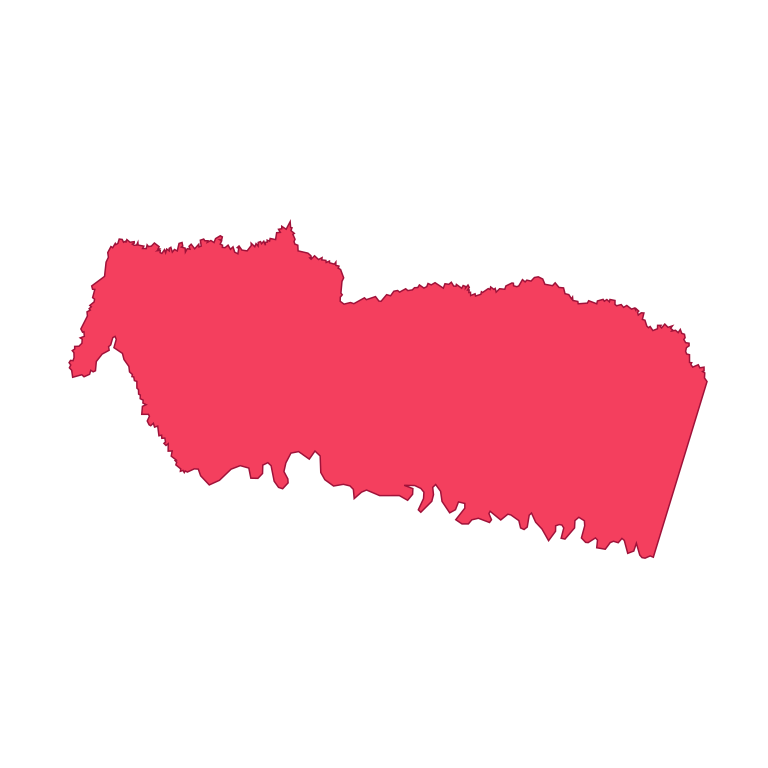 Mapiripán, Meta, Colombia, rotated 17°
{"feature_id": "7082276B47302113121733", "entity_name": "Mapiripán", "entity_type": "district", "adm_level": 2, "iso_a3": "COL", "parent_name": "Colombia", "parent_adm1": "Meta", "projection": "natural_earth1", "projection_center": [-72.385, 3.106], "detail": "fine", "context": "isolated", "style": "filled", "palette": "rose", "viewbox_px": 768, "rotation_deg": 17, "n_neighbors": 0, "source": "geoboundaries", "source_scale": "gbopen_adm2", "svg_char_len": 6117}
<svg xmlns="http://www.w3.org/2000/svg" viewBox="0 0 768 768"><g transform="rotate(17 384 384)"><path d="M88.4,322.8L88.4,327.4L86.8,329.1L85.9,328.1L84.7,333.0L82.7,332.4L81.4,339.1L83.4,343.4L82.6,348.7L85.3,362.8L75.8,375.7L77.6,378.6L79.8,378.1L80.1,386.6L82.4,387.5L82.8,390.2L79.7,394.9L81.5,395.7L80.0,398.2L81.5,399.2L78.9,401.8L80.5,405.7L78.0,420.0L80.6,422.6L81.7,421.8L83.5,426.0L80.0,428.7L82.3,429.4L83.2,433.4L81.2,437.1L77.2,438.5L78.0,441.0L76.1,443.2L78.3,444.7L79.9,449.4L79.8,452.6L77.3,453.1L76.6,455.7L78.9,457.4L78.4,460.5L81.3,462.2L84.3,468.6L92.3,463.5L95.0,464.8L99.6,460.8L99.6,456.6L102.3,457.4L104.2,455.7L102.3,446.6L105.7,437.8L111.3,432.1L109.7,428.8L111.2,426.5L111.1,418.9L112.9,417.1L114.9,419.6L115.1,428.2L124.9,431.2L128.2,436.6L134.9,441.8L137.1,446.8L140.6,448.5L140.8,450.6L142.6,450.4L144.3,453.7L146.9,453.8L148.9,460.2L150.8,461.1L152.3,465.4L154.2,465.8L155.1,469.3L158.4,469.9L159.0,472.7L162.6,473.3L159.5,476.0L161.2,483.8L167.6,481.9L169.1,483.4L168.4,488.6L171.3,491.7L173.1,492.1L174.9,489.0L177.2,492.3L179.9,490.4L183.9,499.3L186.3,498.0L187.4,500.9L190.2,499.8L192.0,503.3L190.9,505.1L193.5,506.5L195.1,504.2L197.2,511.3L201.0,510.0L201.6,515.2L207.6,517.5L206.6,518.3L208.6,519.4L208.6,522.2L214.4,524.6L214.8,527.0L217.1,525.4L218.9,527.1L219.3,525.3L221.7,525.7L227.4,520.6L231.3,519.7L235.5,525.4L246.4,531.6L254.8,524.2L262.7,510.1L270.4,504.1L279.3,503.9L284.2,513.0L291.0,511.1L294.0,505.1L291.8,497.0L295.9,493.2L299.9,495.1L307.4,509.1L313.4,513.7L317.7,513.8L321.2,506.6L319.8,502.9L313.9,497.0L313.2,488.1L315.2,477.3L322.1,473.6L334.5,477.7L337.6,468.3L344.0,471.5L349.4,487.1L355.4,492.8L365.6,496.3L374.5,491.8L381.3,491.4L385.5,493.7L389.0,502.3L394.1,494.0L398.3,490.5L412.5,492.0L431.3,486.2L440.6,488.3L443.6,481.1L442.2,475.6L432.9,475.0L443.1,472.1L449.8,473.1L453.8,475.8L455.3,482.0L453.6,494.3L456.7,495.9L464.0,482.2L463.7,475.4L460.8,468.6L462.8,465.0L469.5,470.1L473.8,479.3L484.5,488.0L489.1,483.3L489.7,475.0L496.2,474.6L497.6,479.1L492.3,492.8L499.5,495.0L505.6,493.1L507.7,488.2L513.5,484.8L525.4,485.6L526.5,482.4L522.2,477.2L522.7,474.7L535.4,479.9L540.5,472.3L543.6,472.1L552.9,475.2L556.7,481.7L560.5,482.2L562.8,478.9L561.2,467.0L562.8,464.3L569.4,471.8L577.5,476.5L587.2,485.7L591.1,474.7L589.6,469.4L592.6,467.2L595.3,466.8L598.0,469.1L598.5,479.7L602.4,479.4L608.3,465.9L606.5,458.8L609.3,454.5L615.6,456.2L617.4,460.9L617.8,473.5L623.1,476.5L625.6,476.0L631.2,469.4L633.8,470.8L635.3,478.4L643.9,477.3L646.7,469.5L649.4,467.3L654.4,467.3L656.7,462.1L659.5,463.3L666.6,474.7L671.7,470.7L671.9,462.5L678.6,472.8L681.5,474.6L684.6,474.2L688.8,470.6L692.2,470.9L692.2,287.2L688.7,284.5L687.5,279.6L685.0,278.9L686.2,277.7L685.1,274.3L681.3,276.2L678.9,273.7L674.3,277.6L671.7,275.6L672.0,273.7L669.9,274.1L667.6,266.7L664.6,266.8L662.9,264.6L662.6,260.8L664.6,258.3L663.8,255.8L660.4,256.3L657.7,253.8L658.4,251.7L656.8,248.6L653.9,248.5L651.4,245.2L650.3,248.9L647.1,247.4L643.8,249.1L644.3,248.0L641.8,246.9L642.8,244.1L639.0,246.8L635.0,244.6L633.1,249.2L631.4,248.3L631.8,246.9L628.5,247.9L629.4,251.2L625.5,254.3L621.7,251.2L620.5,252.8L618.5,251.9L614.9,246.7L612.2,246.7L611.8,240.1L609.2,240.7L607.0,243.7L605.5,241.3L606.3,239.8L602.9,238.2L603.1,239.7L601.4,238.1L598.8,240.0L593.2,237.9L590.7,240.7L587.6,238.7L583.5,241.2L581.6,240.3L580.5,236.6L575.4,237.1L575.5,239.5L572.4,238.1L570.5,240.4L568.8,239.0L563.8,242.2L564.0,245.1L555.4,244.5L554.8,247.2L546.3,250.5L545.2,248.4L540.2,248.9L538.9,245.8L538.4,247.7L534.6,244.5L530.7,244.7L527.6,239.6L523.1,240.5L518.1,237.2L516.4,240.7L508.7,241.6L505.1,237.2L500.2,236.4L496.7,238.2L494.5,242.6L490.2,242.9L489.1,245.1L485.9,243.7L484.2,250.8L482.6,252.1L479.2,252.2L478.3,249.8L476.8,250.0L471.9,254.6L471.8,258.1L466.7,259.1L464.4,263.4L462.4,260.1L461.5,261.4L457.6,260.0L457.8,262.6L455.8,262.3L451.5,267.7L450.2,267.3L450.4,269.9L445.8,273.1L444.7,271.1L441.0,274.1L439.9,271.0L438.4,271.7L438.0,269.2L436.5,269.7L437.3,266.7L435.4,264.8L433.9,268.5L433.6,266.9L430.9,266.7L430.3,269.7L424.1,267.6L424.2,269.5L422.0,270.0L418.6,267.0L416.9,269.7L413.0,270.3L412.7,275.0L403.2,272.2L400.2,275.4L396.7,275.0L396.4,278.4L394.1,280.6L388.9,278.9L388.1,281.9L385.0,283.0L383.6,285.7L379.5,287.7L376.9,286.6L372.0,291.6L369.7,290.6L366.3,292.4L364.5,297.7L360.4,297.8L357.0,305.8L354.9,306.2L350.3,302.9L342.5,308.5L340.1,307.3L331.7,316.0L328.1,315.9L322.4,319.3L317.9,317.7L316.8,313.7L318.0,310.9L316.2,309.6L313.8,298.1L314.4,294.3L309.0,287.2L306.2,286.6L306.6,285.1L306.4,284.4L303.3,284.7L302.3,281.5L301.5,283.9L296.5,284.0L295.9,282.4L293.2,284.7L292.3,282.8L288.2,283.5L287.8,281.3L285.0,284.1L280.1,281.7L277.8,286.0L276.1,285.1L277.4,284.2L276.6,282.7L273.0,281.1L262.9,281.8L261.0,276.5L257.8,276.2L256.3,274.1L256.6,271.6L253.1,267.5L254.2,266.2L250.2,264.5L250.3,261.5L248.9,261.6L246.8,256.2L245.2,264.6L240.1,263.1L240.8,265.4L237.9,266.9L240.5,269.3L237.1,270.7L238.1,277.6L232.6,278.1L232.8,280.8L230.2,280.6L230.9,282.4L229.0,283.3L230.0,286.0L227.3,282.6L225.9,285.7L224.3,283.9L222.3,285.4L223.3,288.9L220.6,287.2L220.3,290.5L215.8,288.2L216.6,290.3L214.2,296.7L209.0,297.5L205.0,294.4L203.8,296.5L205.4,296.6L206.2,302.2L202.7,301.6L199.5,297.0L197.8,300.1L194.3,296.8L192.1,300.1L189.5,300.6L189.0,298.5L186.4,298.1L186.9,294.6L185.0,294.1L186.6,293.6L186.4,290.6L184.1,290.1L180.4,294.2L180.1,298.4L176.5,297.4L173.6,300.2L173.7,298.5L170.8,299.4L169.2,298.1L166.3,300.2L168.9,305.5L167.0,307.0L166.0,304.5L163.4,310.0L158.7,306.7L157.3,309.3L159.0,311.8L156.3,312.1L155.5,315.9L154.1,312.2L150.2,312.3L151.2,310.9L149.5,307.7L146.9,309.5L147.4,317.2L144.3,316.6L143.0,319.8L140.2,315.6L138.9,317.1L139.7,319.5L136.7,318.5L136.8,322.3L134.8,319.7L133.4,324.1L131.4,323.8L131.0,321.6L128.2,322.8L129.8,320.5L128.4,320.8L128.8,318.4L123.2,316.3L121.2,320.2L118.6,321.4L116.8,320.2L117.1,324.0L113.5,325.0L114.0,322.4L108.2,323.0L107.2,320.5L106.8,323.5L104.5,324.4L102.5,323.8L104.0,322.2L103.5,320.9L99.7,322.7L95.9,321.1L95.8,324.3L95.3,322.8L93.5,324.6L91.4,322.3L88.4,322.8Z" fill="#f43f5e" stroke="#9f1239" stroke-width="1.5"/></g></svg>